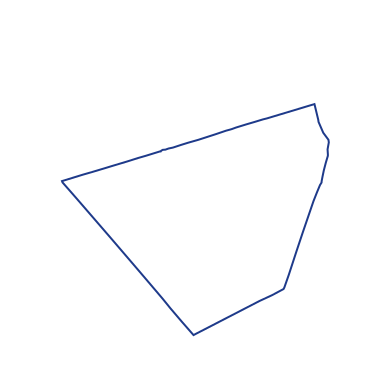 Sanislau, Satu Mare, Romania (orthographic projection), rotated 24°
{"feature_id": "2599482B60287900413907", "entity_name": "Sanislau", "entity_type": "district", "adm_level": 2, "iso_a3": "ROU", "parent_name": "Romania", "parent_adm1": "Satu Mare", "projection": "orthographic", "projection_center": [22.392, 47.656], "detail": "fine", "context": "isolated", "style": "outline", "palette": "blue", "viewbox_px": 384, "rotation_deg": 24, "n_neighbors": 0, "source": "geoboundaries", "source_scale": "gbopen_adm2", "svg_char_len": 986}
<svg xmlns="http://www.w3.org/2000/svg" viewBox="0 0 384 384"><g transform="rotate(24 192 192)"><path d="M251.6,322.1L253.3,319.9L274.7,293.2L298.0,264.1L307.1,253.7L315.1,243.4L315.2,241.7L314.1,228.2L311.6,204.1L309.6,183.5L306.7,150.9L306.5,146.2L306.3,141.5L306.1,133.5L306.5,130.7L306.0,129.3L304.9,124.5L303.6,118.5L302.3,110.6L301.4,103.7L300.9,102.5L298.5,97.9L296.8,91.0L295.4,88.8L287.8,84.5L279.1,76.5L278.1,74.9L277.9,74.6L275.2,71.1L273.9,69.4L269.9,64.2L268.9,62.9L268.1,61.9L230.5,94.3L227.3,96.8L220.5,102.7L213.9,108.3L206.0,115.2L202.7,118.4L201.4,119.5L198.2,122.1L190.2,129.5L185.3,133.9L176.5,141.8L168.6,148.4L163.0,153.3L156.5,159.2L152.9,161.8L150.5,164.1L148.1,165.4L147.1,166.8L146.9,167.7L146.4,167.8L144.0,169.9L135.2,177.6L128.9,182.9L120.0,190.8L108.7,200.5L102.6,205.8L92.7,214.3L85.2,220.6L68.8,234.9L69.8,235.9L88.0,244.3L135.5,266.6L177.2,286.4L208.5,301.4L219.7,307.1L235.4,314.6L251.6,322.1Z" fill="none" stroke="#1e3a8a" stroke-width="2"/></g></svg>